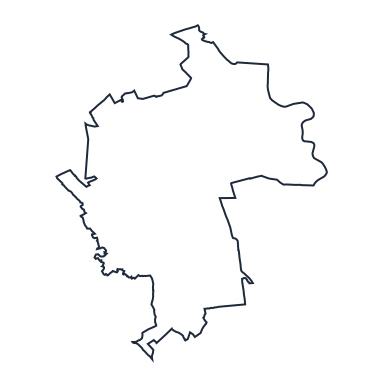 outline of Vanatori, Iasi, Romania, rotated 179°
{"feature_id": "2599482B62135446943489", "entity_name": "Vanatori", "entity_type": "district", "adm_level": 2, "iso_a3": "ROU", "parent_name": "Romania", "parent_adm1": "Iasi", "projection": "equal_earth", "projection_center": [26.772, 47.342], "detail": "fine", "context": "isolated", "style": "outline", "palette": "slate", "viewbox_px": 384, "rotation_deg": 179, "n_neighbors": 0, "source": "geoboundaries", "source_scale": "gbopen_adm2", "svg_char_len": 6006}
<svg xmlns="http://www.w3.org/2000/svg" viewBox="0 0 384 384"><g transform="rotate(179 192 192)"><path d="M297.3,262.3L297.0,259.3L294.8,246.6L298.4,207.4L297.4,207.2L293.5,208.1L292.6,208.0L290.2,209.1L289.3,209.2L287.2,207.2L288.2,206.4L291.7,204.9L294.6,203.9L295.8,203.2L294.2,200.5L295.6,200.1L297.5,199.0L304.9,205.6L307.1,208.2L307.5,209.4L308.8,210.0L308.9,210.3L308.8,210.7L309.5,211.1L310.9,212.6L312.9,215.4L313.3,215.5L313.6,216.0L322.3,212.3L327.2,209.8L326.8,209.1L326.6,208.1L321.4,203.0L321.3,202.5L321.6,202.0L321.3,201.6L319.8,200.7L319.5,200.3L319.5,200.0L315.6,195.8L315.6,195.7L313.4,194.7L312.2,193.5L310.5,190.8L309.7,190.5L308.8,189.2L308.0,188.7L307.4,187.6L304.5,185.1L303.8,183.5L302.9,183.4L301.7,182.8L301.5,181.0L303.3,179.9L303.6,179.5L303.5,179.0L301.7,176.8L300.6,176.5L300.1,175.8L300.0,174.2L299.4,173.4L298.5,172.8L300.9,171.4L303.8,170.1L303.7,169.6L303.1,169.2L301.7,168.3L300.9,165.3L300.8,163.9L299.6,160.7L298.1,158.7L297.5,157.3L294.4,157.1L292.9,154.9L289.9,152.0L292.8,151.3L292.8,150.8L291.9,148.5L290.5,147.5L287.8,148.0L287.3,146.2L287.9,144.9L287.2,144.6L286.9,142.6L286.5,141.8L286.6,141.1L285.9,139.3L286.1,138.2L287.1,137.4L287.7,137.2L287.9,136.6L287.2,136.8L284.9,137.2L282.8,138.1L281.0,137.6L278.9,135.0L278.9,134.7L279.5,133.4L280.6,133.4L280.4,132.7L280.5,132.1L278.5,131.8L280.6,129.7L282.1,129.0L282.8,129.1L283.8,129.0L285.0,129.4L286.9,131.4L289.2,131.1L290.6,128.2L289.4,126.8L288.6,127.3L287.2,127.5L285.6,125.0L283.9,125.3L284.1,123.7L281.7,122.9L281.5,122.4L281.5,122.0L282.3,120.4L282.8,119.5L283.1,119.3L281.6,118.7L281.3,118.3L281.3,117.1L282.4,115.4L283.4,114.4L281.7,111.3L280.5,110.6L279.4,111.5L278.1,110.5L278.0,110.1L277.5,110.2L275.2,112.3L273.2,113.7L272.7,114.4L268.5,112.9L268.2,113.1L267.6,114.2L268.2,115.2L267.8,116.3L266.5,115.9L265.0,116.1L264.0,115.7L263.3,115.8L263.4,115.5L263.0,115.0L261.1,114.1L262.2,112.3L262.5,111.6L262.4,111.1L261.7,110.7L260.9,111.5L258.5,109.6L258.7,109.2L258.4,108.7L257.4,108.6L256.7,107.7L255.0,107.5L254.1,108.3L253.7,106.5L251.6,107.3L250.7,106.4L247.0,109.8L245.4,108.8L243.3,109.1L242.9,108.7L241.0,109.0L239.8,108.8L235.3,109.2L233.7,106.6L233.1,104.8L232.3,100.6L232.7,97.7L232.6,95.8L232.8,94.9L232.6,94.3L232.3,94.2L232.4,93.5L232.6,93.0L232.5,91.7L232.8,90.3L232.6,88.7L233.2,84.7L233.7,83.6L234.5,80.3L232.7,77.0L231.7,74.6L231.8,74.0L232.0,73.7L231.5,70.0L230.4,67.8L231.2,65.4L231.1,62.2L230.2,60.0L230.1,59.0L231.5,58.2L238.2,55.4L244.0,52.1L244.1,51.8L244.0,49.6L244.5,46.7L246.5,45.0L247.8,44.7L250.6,43.1L254.2,43.1L254.0,42.7L252.7,42.0L251.3,42.0L249.7,41.4L248.8,40.9L244.6,36.7L243.6,34.8L242.4,33.9L239.0,30.0L237.1,28.5L234.7,25.4L234.9,26.7L235.0,28.6L233.9,31.8L233.4,34.8L238.8,40.9L232.7,44.6L232.3,44.0L230.8,42.8L230.1,41.6L220.3,50.3L214.6,55.7L214.3,55.0L212.8,53.9L210.7,52.6L207.8,51.6L204.8,49.6L203.4,48.2L202.9,46.4L201.8,45.3L201.7,45.1L202.0,44.7L201.3,43.7L198.8,45.0L196.4,51.7L193.4,49.6L191.7,47.0L185.9,50.8L184.3,54.6L183.0,56.8L181.2,59.0L180.9,59.6L180.3,59.9L180.1,60.7L179.7,61.4L181.3,63.2L182.9,66.1L182.1,66.9L181.4,69.2L180.6,70.1L181.5,75.0L180.4,75.0L178.1,75.4L176.8,75.2L175.1,75.8L172.6,75.7L171.6,76.2L170.2,76.2L166.8,76.8L140.8,78.7L141.2,84.1L141.9,88.9L142.1,92.3L143.4,101.4L143.4,104.3L142.8,104.4L141.8,105.0L140.0,105.0L138.5,103.2L137.9,101.8L137.5,101.2L136.6,100.6L136.2,99.7L132.8,99.9L134.3,102.4L136.3,104.9L141.2,109.6L143.1,111.1L144.1,112.4L144.5,114.8L144.8,119.2L145.6,125.0L146.1,131.3L146.5,133.4L146.8,133.4L146.7,135.0L147.0,137.0L146.8,137.9L147.0,139.0L147.1,142.1L147.5,142.9L148.7,144.2L149.4,144.7L151.7,145.2L152.4,146.7L153.0,148.8L154.3,155.7L154.8,157.2L156.8,163.3L158.5,167.4L160.5,173.6L162.2,178.0L163.0,181.0L164.4,185.4L148.8,185.3L151.0,192.6L151.7,195.8L152.5,198.4L152.8,199.8L152.6,200.1L152.3,200.3L133.9,204.8L133.7,204.3L133.3,204.4L126.4,206.2L121.9,207.0L121.4,206.6L114.7,204.1L106.8,202.8L103.5,199.8L100.4,197.8L96.8,197.9L88.7,197.3L83.5,197.3L82.9,197.0L70.4,196.4L68.9,198.9L66.9,200.9L64.8,202.3L59.6,205.2L58.7,206.1L57.3,207.9L56.8,209.6L57.4,211.9L58.9,215.1L60.8,218.1L62.2,219.6L69.3,223.7L70.4,225.8L70.8,227.6L70.8,228.8L68.9,235.5L68.9,237.1L69.2,238.0L69.8,238.9L72.0,240.0L78.8,240.8L80.1,241.6L80.7,243.0L80.9,244.7L80.2,249.1L80.4,252.1L81.2,256.8L81.1,257.4L80.5,258.7L79.7,259.9L77.2,261.6L71.8,263.0L69.7,264.8L69.1,265.8L68.9,266.7L68.8,268.9L70.5,272.7L71.5,274.1L75.2,277.7L78.4,279.2L79.8,279.6L89.0,278.3L96.3,275.8L97.5,275.6L99.3,275.8L101.6,276.6L104.1,277.8L110.2,282.2L112.3,284.6L114.2,292.5L114.6,296.7L114.3,299.2L113.9,309.6L113.6,311.9L113.5,314.4L113.8,318.2L144.6,320.8L145.9,319.5L147.0,319.2L148.5,319.3L150.3,319.9L154.9,323.9L157.0,326.1L160.3,329.9L162.4,332.6L163.6,334.9L168.3,341.5L170.1,340.6L172.2,341.6L174.9,342.1L179.0,343.7L179.4,344.6L179.0,344.8L178.6,345.6L177.5,345.9L177.0,346.5L177.4,347.7L178.0,348.0L178.1,348.5L177.2,349.3L176.2,349.7L177.4,350.0L177.6,350.2L178.0,351.1L180.8,352.3L181.9,353.2L182.1,353.7L182.0,354.4L182.0,355.8L182.4,357.3L183.3,358.6L185.7,357.4L196.8,354.4L206.7,351.2L210.0,349.7L207.1,347.8L202.4,345.5L200.2,344.2L197.1,342.1L195.9,340.8L193.6,339.7L193.3,339.1L193.2,333.6L193.0,332.0L193.2,330.5L193.1,327.2L193.6,326.6L201.0,320.2L201.3,319.7L199.4,314.7L196.8,312.3L190.9,306.0L191.4,304.7L195.4,298.0L218.8,291.6L219.1,290.9L220.6,289.1L224.0,288.3L225.0,288.4L225.5,287.9L226.1,287.7L226.9,288.5L227.7,288.6L228.0,288.9L228.4,288.9L239.6,285.9L244.5,286.7L248.0,294.4L250.0,292.8L254.4,291.9L255.7,292.0L256.1,291.7L257.2,291.7L259.3,289.7L259.8,289.5L260.7,288.1L260.6,287.5L259.6,285.4L259.4,283.8L259.8,283.4L260.3,283.4L260.7,283.8L261.4,285.3L267.7,282.2L270.7,287.7L272.6,291.0L275.5,288.4L277.9,285.7L284.6,280.4L288.2,277.1L290.0,275.7L291.5,274.4L291.8,274.1L291.8,273.6L292.7,273.5L292.7,273.0L291.3,270.8L290.4,269.1L290.3,268.3L289.3,267.4L289.2,266.0L288.9,265.5L285.1,259.6L288.2,259.1L294.5,260.6L296.1,261.3L297.3,262.3Z" fill="none" stroke="#1e293b" stroke-width="2"/></g></svg>